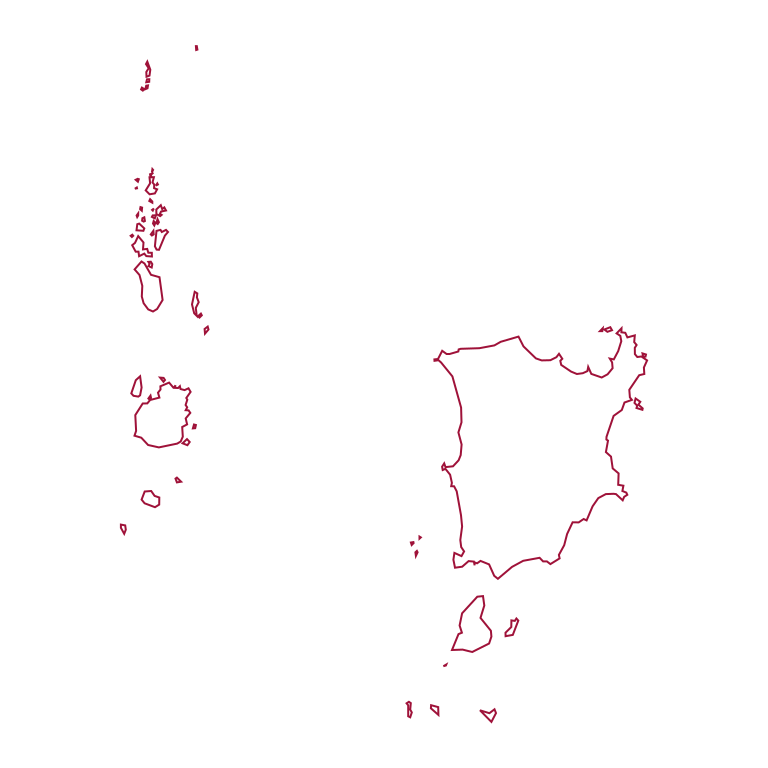 the district of Ko Samui, Surat Thani, Thailand
{"feature_id": "78962969B93430934816346", "entity_name": "Ko Samui", "entity_type": "district", "adm_level": 2, "iso_a3": "THA", "parent_name": "Thailand", "parent_adm1": "Surat Thani", "projection": "robinson", "projection_center": [99.825, 9.553], "detail": "fine", "context": "isolated", "style": "outline", "palette": "rose", "viewbox_px": 768, "rotation_deg": 0, "n_neighbors": 0, "source": "geoboundaries", "source_scale": "gbopen_adm2", "svg_char_len": 6153}
<svg xmlns="http://www.w3.org/2000/svg" viewBox="0 0 768 768"><path d="M621.5,328.3L616.6,333.4L620.3,335.8L621.3,341.2L618.2,351.1L613.8,359.4L609.8,358.6L612.1,362.4L612.6,368.2L607.6,374.3L601.7,377.5L591.3,373.9L588.2,366.9L587.4,371.1L582.8,373.2L576.9,374.0L571.1,371.6L561.2,364.9L560.3,360.8L562.3,358.8L559.0,353.8L556.4,357.2L550.4,360.2L541.7,360.4L535.9,358.4L523.5,346.4L518.5,336.6L500.7,341.8L494.4,345.4L479.4,348.2L460.7,348.8L458.7,349.4L458.3,351.5L449.6,354.0L446.6,354.0L442.2,350.8L438.0,359.0L434.4,359.4L434.5,360.8L438.5,360.2L441.1,362.5L452.4,376.4L461.1,407.6L461.5,422.3L458.4,432.4L461.6,444.5L460.7,455.1L458.6,460.3L453.0,466.3L445.5,467.1L444.2,463.4L442.1,466.7L442.7,470.0L445.4,468.8L450.1,474.7L451.9,482.9L451.2,486.2L454.1,486.3L456.7,491.3L461.0,515.2L462.1,526.5L460.3,540.0L461.2,547.1L464.1,551.4L461.5,556.1L454.4,552.9L453.4,559.7L455.0,567.7L462.2,566.7L468.6,561.1L473.9,561.6L474.6,565.3L474.6,562.4L477.1,563.3L480.5,560.9L489.1,564.4L494.2,575.8L497.9,578.8L512.0,566.9L523.2,560.8L539.6,557.8L543.1,561.4L546.9,561.4L550.4,564.1L559.6,558.4L558.9,554.9L564.2,545.2L567.1,534.0L572.6,522.3L578.7,522.4L583.6,519.0L586.6,520.4L592.6,506.3L598.3,498.1L605.8,494.1L613.5,493.8L616.0,494.1L622.7,500.3L624.2,496.8L627.3,494.8L626.3,492.6L622.4,491.0L623.4,485.7L618.2,484.8L618.6,473.4L612.7,468.4L611.0,456.6L605.9,452.1L608.0,440.6L606.4,439.5L606.5,436.9L613.6,415.9L621.8,410.0L624.5,402.5L631.9,399.9L629.9,397.4L629.3,389.8L639.2,375.2L644.3,374.0L643.9,367.5L647.1,360.4L641.4,356.5L637.3,357.0L634.9,354.1L634.8,347.8L636.6,345.0L634.2,342.1L634.8,335.4L627.4,337.4L625.3,332.8L621.4,332.3L621.5,328.3ZM169.1,382.6L160.4,386.3L160.5,389.5L158.0,392.7L159.4,397.6L150.1,400.0L147.3,403.4L142.7,403.5L135.3,415.1L136.1,430.9L134.5,435.7L141.3,437.7L148.1,445.0L158.9,447.4L177.2,443.6L180.7,441.5L182.8,436.7L182.2,427.0L187.1,424.4L185.7,418.4L190.3,412.9L188.6,410.4L185.7,410.2L187.2,407.3L185.6,405.0L187.3,399.7L186.3,398.0L190.6,391.9L188.5,388.3L184.6,390.1L180.5,389.0L179.9,386.2L178.1,388.0L173.5,387.8L169.1,382.6ZM483.0,596.1L477.3,596.7L462.1,613.3L459.6,625.5L461.9,632.7L458.5,634.1L452.0,650.0L462.6,649.6L472.2,652.0L489.1,643.5L491.4,636.6L490.9,630.8L480.5,617.9L484.3,605.5L483.0,596.1ZM144.5,263.5L141.5,261.5L134.6,269.4L139.5,275.0L142.3,285.9L141.8,296.5L143.6,303.2L148.2,309.4L153.0,311.5L157.1,309.0L162.6,300.0L159.5,277.2L151.0,274.8L144.5,263.5ZM155.0,507.2L159.2,504.6L159.3,497.5L154.6,495.9L151.2,491.0L144.7,491.5L141.6,499.6L144.6,503.3L155.0,507.2ZM143.0,249.4L143.5,242.5L138.2,236.1L135.0,242.9L132.2,245.2L135.7,251.7L138.5,251.7L139.1,256.2L144.3,253.6L146.3,256.1L151.9,256.5L151.8,252.8L148.3,252.7L147.2,248.9L143.0,249.4ZM168.0,232.0L166.0,229.9L161.8,232.0L160.5,229.9L156.5,230.9L154.9,246.3L156.6,249.6L159.0,249.8L164.9,235.6L168.0,232.0ZM138.3,396.6L140.1,395.3L141.6,387.5L140.1,376.3L135.8,380.2L131.3,393.4L133.5,395.8L138.3,396.6ZM518.3,620.6L516.4,618.5L514.8,620.9L511.4,620.4L511.3,627.0L505.5,632.7L505.6,636.2L512.8,634.9L518.3,620.6ZM153.9,177.2L149.5,177.3L150.1,183.3L145.7,190.4L149.6,194.3L154.9,193.4L157.1,189.3L154.1,188.2L154.2,184.5L152.5,182.4L153.9,177.2ZM496.0,713.1L494.5,709.3L489.4,713.2L480.0,710.3L491.4,721.9L496.0,713.1ZM196.7,315.8L195.8,307.9L198.7,302.2L196.9,297.4L197.3,293.4L194.7,291.8L192.0,304.4L194.2,313.3L196.7,315.8ZM162.2,209.1L160.8,205.2L156.3,209.5L156.4,214.1L160.2,216.1L161.6,214.9L159.9,213.9L161.0,211.6L166.0,210.5L164.3,207.4L162.2,209.1ZM438.4,714.9L438.2,707.1L431.1,705.2L430.9,708.3L438.4,714.9ZM143.4,230.8L144.3,228.4L139.2,223.6L137.3,224.2L136.5,230.3L143.4,230.8ZM640.3,401.8L635.6,398.5L634.5,402.9L637.2,405.7L636.5,408.0L642.4,409.8L642.7,408.4L638.4,404.6L640.3,401.8ZM410.2,717.3L411.8,712.4L410.2,709.6L410.8,703.1L408.9,701.8L406.6,703.3L408.2,705.3L408.2,716.3L410.2,717.3ZM150.3,69.7L147.3,61.6L146.0,64.1L148.7,68.2L146.3,72.0L146.5,76.7L149.5,75.6L150.3,69.7ZM125.2,525.4L120.9,524.6L120.9,527.8L124.2,533.8L125.8,529.7L125.2,525.4ZM187.4,445.2L189.7,442.0L187.0,439.1L182.6,443.3L187.4,445.2ZM610.3,327.2L604.3,329.5L607.4,331.8L612.0,330.2L610.3,327.2ZM205.0,333.6L208.5,329.5L207.7,326.6L204.6,329.0L205.0,333.6ZM150.8,261.7L148.4,261.9L149.6,263.9L148.5,266.1L151.7,267.5L152.3,264.1L150.8,261.7ZM181.1,481.7L176.9,477.6L175.5,478.6L176.9,482.4L181.1,481.7ZM163.5,381.8L165.0,380.0L163.6,377.9L160.1,377.6L163.5,381.8ZM156.0,215.3L152.7,215.4L151.9,216.9L154.8,218.4L156.0,215.3ZM195.9,425.0L194.0,424.5L192.9,428.4L195.2,428.2L195.9,425.0ZM151.9,235.5L153.7,234.4L153.4,230.8L150.8,234.4L151.9,235.5ZM144.3,217.3L142.4,218.2L142.1,220.7L143.7,221.6L144.9,221.0L144.3,217.3ZM149.3,79.2L147.0,79.3L146.3,82.2L149.2,81.8L149.3,79.2ZM201.8,315.3L200.9,313.6L197.9,316.3L199.5,317.6L201.8,315.3ZM646.0,354.5L642.5,353.4L643.1,356.5L645.5,356.6L646.0,354.5ZM154.3,225.5L155.4,222.8L153.7,221.0L153.0,223.5L154.3,225.5ZM157.7,224.0L158.9,222.2L157.5,219.1L156.4,223.1L157.7,224.0ZM148.0,85.4L146.2,85.7L145.3,89.2L147.5,88.3L148.0,85.4ZM415.9,555.9L417.6,552.3L416.9,550.9L415.4,552.3L415.9,555.9ZM138.8,179.2L137.7,178.8L135.7,179.8L137.9,181.7L138.8,179.2ZM149.7,399.7L151.0,397.8L150.5,395.6L148.4,398.5L149.7,399.7ZM150.1,199.2L149.3,201.0L152.3,202.7L152.3,201.5L150.1,199.2ZM411.7,545.0L413.6,543.1L413.4,542.1L410.9,542.5L411.7,545.0ZM197.4,49.6L196.8,46.1L195.9,46.1L196.2,50.0L197.4,49.6ZM142.8,90.6L144.1,89.0L141.9,87.6L141.1,89.4L142.8,90.6ZM600.0,331.1L602.3,331.1L602.7,328.3L600.0,331.1ZM141.8,210.7L142.1,207.6L140.5,207.1L140.1,209.1L141.8,210.7ZM137.2,217.1L138.2,215.5L138.2,213.3L136.6,215.5L137.2,217.1ZM131.9,237.0L133.2,235.8L132.3,234.7L130.7,235.8L131.9,237.0ZM151.4,176.6L149.9,173.4L150.5,176.8L151.4,176.6ZM136.8,187.5L134.9,188.7L137.0,188.3L136.8,187.5ZM151.9,172.3L153.1,169.9L152.4,169.1L151.9,172.3ZM419.5,538.6L420.8,537.4L419.5,536.6L419.5,538.6ZM152.8,210.6L153.8,208.6L152.1,209.9L152.8,210.6ZM443.4,666.2L445.9,665.5L446.3,664.5L443.4,666.2ZM155.9,185.6L157.9,184.5L157.3,183.4L155.9,185.6ZM151.7,174.1L153.3,172.7L151.5,173.7L151.7,174.1ZM173.9,387.7L175.3,386.2L175.5,385.3L173.9,387.7Z" fill="none" stroke="#9f1239" stroke-width="2"/></svg>